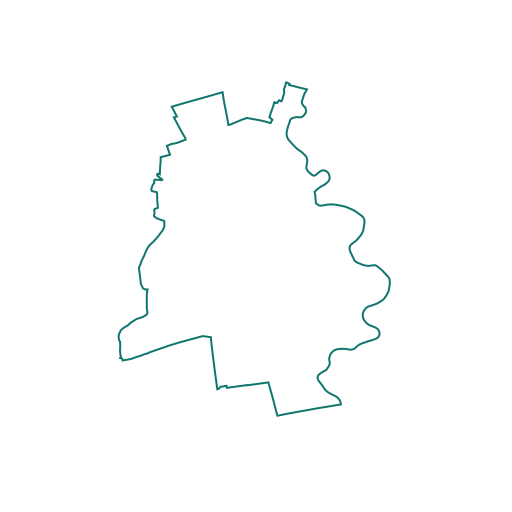 Gramesti, Botosani, Romania, rotated 37°
{"feature_id": "2599482B6407705991691", "entity_name": "Gramesti", "entity_type": "district", "adm_level": 2, "iso_a3": "ROU", "parent_name": "Romania", "parent_adm1": "Botosani", "projection": "mercator", "projection_center": [26.148, 47.907], "detail": "fine", "context": "isolated", "style": "outline", "palette": "teal", "viewbox_px": 512, "rotation_deg": 37, "n_neighbors": 0, "source": "geoboundaries", "source_scale": "gbopen_adm2", "svg_char_len": 6144}
<svg xmlns="http://www.w3.org/2000/svg" viewBox="0 0 512 512"><g transform="rotate(37 256 256)"><path d="M208.9,419.2L210.8,418.5L212.3,419.7L215.5,416.3L217.3,414.4L219.2,411.9L221.0,409.0L222.1,407.6L223.7,405.4L226.1,401.4L227.5,399.8L229.3,396.5L240.8,379.4L246.2,372.0L261.6,352.1L268.8,348.0L275.3,355.1L291.7,372.0L305.3,385.7L306.0,384.9L306.3,383.2L306.4,381.7L309.3,378.9L309.2,378.7L310.6,377.4L312.1,378.8L326.7,364.3L326.9,364.5L341.9,349.5L353.2,358.1L356.2,360.5L356.4,360.5L361.8,364.9L369.2,370.7L376.5,362.5L382.2,356.3L391.6,346.2L396.1,341.3L413.1,323.5L412.7,323.0L412.0,322.3L411.2,321.7L410.5,321.2L409.6,320.8L406.9,320.1L405.2,320.0L403.9,320.1L397.9,321.2L396.4,321.4L394.4,321.5L392.8,321.3L391.4,321.1L386.5,319.4L383.2,318.5L382.0,318.3L381.2,318.0L380.1,317.5L379.1,316.8L378.6,316.4L378.2,315.8L377.8,315.1L377.7,314.6L377.6,313.9L377.6,312.9L378.2,310.6L378.9,308.7L380.3,305.7L380.7,304.8L380.7,304.6L380.5,300.8L380.4,299.9L379.7,297.8L379.4,297.2L379.1,296.7L376.8,294.7L376.3,294.1L376.0,293.6L375.6,292.6L375.1,291.3L374.7,290.0L374.5,288.5L374.6,287.4L374.7,286.5L375.0,285.2L375.2,284.5L375.6,283.5L376.1,282.8L376.6,282.0L379.0,279.6L382.0,277.2L384.9,275.5L386.3,274.9L387.3,274.3L388.2,273.7L389.6,272.2L390.2,271.0L390.4,270.6L391.1,267.1L391.9,264.4L392.6,263.2L394.1,260.8L397.0,256.5L399.8,252.8L401.5,250.0L402.2,248.5L402.3,248.0L402.4,247.2L402.4,246.4L402.3,245.7L401.9,244.6L401.4,243.7L400.9,243.1L400.5,242.7L399.3,241.9L398.3,241.4L397.7,241.2L396.7,241.1L394.5,241.2L389.0,242.8L387.8,243.0L384.9,243.1L381.7,242.4L380.5,241.9L379.4,241.4L378.7,240.9L377.6,239.8L376.9,239.1L376.4,238.4L376.1,237.9L375.7,237.1L375.4,235.9L375.2,234.7L375.1,232.6L375.1,231.9L375.3,230.8L375.6,230.0L375.9,229.3L376.6,228.1L379.6,223.8L380.8,222.0L381.5,220.6L382.3,218.7L383.3,216.2L384.0,213.4L383.9,209.7L383.8,208.7L383.3,205.5L383.3,205.1L382.0,202.1L381.0,200.2L379.4,197.4L378.5,196.2L378.0,195.7L376.6,194.2L375.7,193.6L374.0,193.1L371.4,192.6L365.5,191.6L363.9,191.4L359.1,191.3L358.1,191.3L357.0,191.6L356.3,191.9L355.7,192.4L354.4,193.7L351.8,196.2L350.9,196.8L348.2,198.2L345.8,199.0L341.1,200.3L340.1,200.4L338.4,200.5L337.2,200.2L329.3,196.2L327.7,195.1L326.9,194.5L325.9,193.4L325.3,192.3L325.2,191.7L325.1,190.9L325.1,190.0L325.2,189.1L325.5,187.7L326.6,184.1L326.8,183.0L327.0,180.6L327.0,180.3L327.2,176.7L327.2,175.1L327.0,174.0L326.7,172.6L326.1,170.8L325.4,169.3L323.7,166.2L321.9,163.1L321.5,162.6L320.5,161.8L318.8,160.8L318.0,160.5L317.5,160.4L315.4,160.3L310.6,160.4L307.6,160.6L306.5,160.7L302.5,161.6L298.9,162.5L297.1,163.1L292.8,165.1L292.5,165.4L292.3,165.4L290.4,166.2L288.6,167.2L285.7,169.0L284.3,170.1L282.5,171.6L280.8,173.4L278.5,175.9L277.6,176.7L276.9,177.2L276.2,177.5L275.4,177.8L274.8,177.8L272.9,177.9L272.2,177.9L266.0,171.0L264.8,170.2L264.2,169.4L264.4,167.6L265.0,165.1L265.7,162.7L265.8,162.1L267.7,158.0L267.9,157.3L268.6,154.7L268.8,153.0L268.8,152.0L268.7,151.3L268.4,150.4L268.2,149.9L267.1,148.5L266.2,147.7L265.2,146.9L264.2,146.4L263.3,146.1L262.0,146.0L260.9,146.1L259.7,146.3L258.3,147.0L257.5,147.7L256.8,148.6L256.3,149.8L255.0,155.0L254.8,155.8L254.5,156.3L254.0,156.9L253.6,157.2L252.2,157.5L251.2,157.5L249.4,157.3L248.3,157.3L247.3,157.2L246.5,157.0L245.1,156.5L244.3,156.2L243.3,155.5L242.9,155.0L242.3,154.1L240.3,150.1L239.7,149.2L239.0,148.4L238.2,147.7L237.3,147.0L236.3,146.5L235.4,146.2L234.7,146.1L229.5,145.5L224.5,145.7L223.7,145.6L218.7,144.9L212.5,143.7L211.4,143.4L210.5,143.0L208.6,141.7L207.7,141.0L207.2,140.4L206.5,139.5L205.6,137.9L204.6,135.7L203.5,133.0L202.2,128.6L201.8,128.0L201.6,127.4L201.4,126.2L201.5,125.2L201.7,124.7L202.5,123.3L203.3,122.3L204.9,120.5L205.8,119.9L207.3,119.1L207.9,118.7L208.6,117.9L208.9,117.5L209.2,116.8L209.6,115.3L209.6,114.8L209.6,112.8L209.4,111.4L209.3,110.9L209.1,110.5L208.6,109.9L206.1,107.8L206.0,107.6L203.8,107.6L202.0,107.0L200.0,105.7L198.8,102.7L197.1,97.6L196.4,92.3L188.1,95.9L182.5,98.2L179.7,99.5L179.1,98.3L175.6,99.1L175.5,99.3L176.2,100.7L176.7,101.7L177.9,105.8L178.4,106.8L179.8,107.9L180.6,109.3L181.3,111.5L181.9,112.9L182.5,114.0L183.2,116.9L183.2,117.1L183.1,117.3L182.4,117.5L180.8,117.7L180.7,118.2L180.9,120.8L180.0,121.2L179.9,121.6L179.9,121.8L179.6,122.1L178.3,122.1L178.3,123.1L178.6,123.3L179.4,125.5L181.6,132.5L183.3,137.2L187.1,137.3L187.6,141.1L185.9,141.8L182.7,142.9L180.7,143.8L176.0,146.0L165.2,151.5L165.0,152.2L164.1,153.7L163.2,154.8L156.5,166.4L155.1,168.0L150.8,163.9L147.2,160.6L140.2,154.4L135.7,150.2L132.9,147.4L130.7,145.3L120.9,158.4L107.6,175.8L102.8,182.2L98.9,187.5L100.3,188.1L108.8,192.2L108.2,193.2L107.0,194.7L121.4,201.4L128.4,204.3L129.8,205.5L128.9,206.6L128.3,207.9L126.4,210.8L124.3,214.0L121.6,216.8L120.6,218.1L119.6,220.0L118.5,221.6L126.4,226.9L120.4,234.4L122.5,237.3L125.9,242.6L130.0,248.7L128.1,249.3L127.9,250.0L128.1,250.5L128.5,251.0L129.1,251.3L131.3,251.2L132.6,251.4L133.4,251.4L134.2,251.2L135.0,251.3L135.3,251.6L135.1,252.0L134.6,252.6L132.7,253.4L131.8,254.2L130.8,254.9L129.3,255.8L129.1,256.1L129.1,256.5L129.4,257.0L129.8,257.9L130.4,258.4L130.8,259.1L130.7,260.4L130.8,261.4L131.1,262.6L131.7,264.4L132.3,265.8L132.9,266.5L133.6,266.7L134.0,266.7L138.4,264.7L139.6,265.9L141.3,268.0L143.5,270.9L148.3,276.1L148.6,276.6L148.5,276.8L147.7,278.0L146.8,279.5L146.8,280.1L147.0,280.6L148.0,281.4L149.2,282.9L150.4,285.4L150.8,285.6L153.7,285.7L161.6,283.3L163.0,284.8L164.8,287.2L165.5,289.1L166.0,291.9L166.0,294.8L166.0,299.7L165.5,305.8L164.8,309.9L164.5,311.2L164.4,313.0L165.0,317.4L166.7,324.0L167.7,329.5L168.9,332.6L168.9,333.1L169.1,333.4L169.3,334.9L169.6,335.8L171.0,337.4L173.9,340.3L181.0,347.7L183.3,348.9L185.5,349.9L186.9,349.5L187.8,349.3L188.7,348.8L189.4,348.0L192.1,352.7L200.0,363.1L203.5,366.7L203.9,368.1L203.8,369.2L202.8,371.7L201.1,374.7L198.9,377.6L198.2,378.9L197.7,380.5L196.9,382.6L196.3,383.7L195.9,386.0L195.6,387.5L195.2,389.0L194.6,390.4L193.3,393.7L192.8,396.5L192.9,397.5L193.3,399.5L193.6,400.5L194.4,402.4L195.2,403.6L197.4,405.7L199.2,406.4L202.0,409.9L203.8,412.7L205.0,414.2L208.0,417.3L208.8,417.7L208.9,419.2Z" fill="none" stroke="#0f766e" stroke-width="2"/></g></svg>